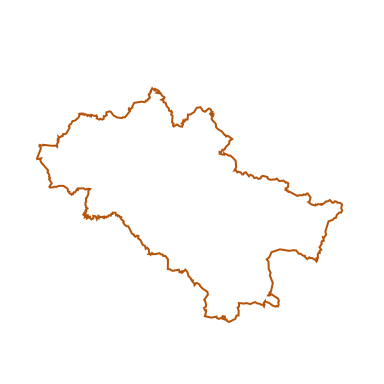 outline of Coalcomán de Vázquez Pallares, Michoacán, Mexico, rotated 135°
{"feature_id": "50627088B67136120570022", "entity_name": "Coalcomán de Vázquez Pallares", "entity_type": "district", "adm_level": 2, "iso_a3": "MEX", "parent_name": "Mexico", "parent_adm1": "Michoacán", "projection": "robinson", "projection_center": [-103.069, 18.673], "detail": "fine", "context": "isolated", "style": "outline", "palette": "amber", "viewbox_px": 384, "rotation_deg": 135, "n_neighbors": 0, "source": "geoboundaries", "source_scale": "gbopen_adm2", "svg_char_len": 6036}
<svg xmlns="http://www.w3.org/2000/svg" viewBox="0 0 384 384"><g transform="rotate(135 192 192)"><path d="M94.7,77.1L94.9,79.5L96.8,81.7L96.6,82.7L97.6,84.5L99.1,84.3L100.3,85.0L100.1,88.8L102.6,89.4L103.8,90.5L108.0,90.9L108.9,92.0L109.5,91.4L111.3,94.2L113.0,94.8L113.3,95.6L114.2,95.3L115.2,96.5L116.4,99.0L116.8,102.6L115.7,102.2L112.0,104.3L111.3,109.2L112.3,109.9L112.9,109.5L113.9,109.9L114.7,111.3L116.1,111.4L118.7,114.2L120.1,114.5L122.9,123.4L123.6,123.7L124.0,125.1L123.2,125.7L124.4,127.4L123.3,128.3L120.6,127.6L117.7,130.1L118.7,132.7L119.1,132.6L119.2,135.3L122.5,138.0L122.6,141.5L123.7,141.7L127.9,145.2L129.0,147.8L128.1,149.3L130.6,153.5L132.4,153.8L133.7,153.1L135.8,154.3L136.1,156.6L138.1,157.8L137.6,160.0L138.3,162.8L140.6,162.8L140.0,167.9L141.9,168.6L143.2,168.1L144.1,169.0L143.6,171.3L145.0,173.6L146.2,173.9L145.5,176.5L146.8,177.3L143.2,178.3L139.1,183.2L138.9,187.7L139.2,190.9L140.3,191.5L140.8,193.9L141.9,195.8L142.5,195.7L142.2,196.5L142.7,196.1L143.8,196.6L145.4,199.5L144.1,200.9L143.2,199.6L140.5,200.4L139.4,199.2L138.3,199.1L136.7,199.9L131.4,199.9L129.4,201.7L126.1,201.0L126.9,206.3L128.7,207.2L128.1,208.3L128.6,209.1L128.1,213.9L129.2,217.9L129.2,220.6L126.9,223.6L126.8,229.1L126.0,230.3L123.0,231.0L121.4,232.3L121.8,232.8L124.2,232.7L124.0,234.5L121.1,234.5L121.4,235.1L120.4,236.8L120.9,239.0L121.6,239.3L126.0,239.5L126.9,241.6L126.0,245.9L129.1,248.2L134.0,247.0L138.7,248.1L140.1,249.6L143.9,246.4L145.5,248.0L146.5,247.2L147.5,247.9L147.5,248.7L148.8,247.9L148.8,247.2L150.7,247.7L150.6,246.2L152.9,245.2L154.3,247.4L154.8,250.3L158.6,251.3L158.4,252.6L156.7,253.4L156.9,255.3L151.8,259.7L152.0,261.6L149.8,262.3L149.3,263.9L150.2,264.2L150.7,266.0L149.3,267.4L149.2,270.9L147.5,273.8L148.7,275.5L147.7,276.8L148.4,278.8L145.6,277.8L144.6,278.3L145.0,281.7L144.4,283.6L146.9,287.2L145.3,287.2L144.2,286.1L144.0,287.2L145.2,290.9L146.5,290.0L146.8,293.5L150.0,292.5L150.0,291.8L153.3,291.6L153.2,290.9L154.4,290.5L154.8,288.7L155.8,288.2L156.8,288.9L158.7,288.2L159.9,289.3L161.1,288.7L162.4,289.4L163.4,291.2L169.8,295.9L173.8,294.7L174.3,293.9L177.1,294.1L177.4,296.6L177.6,295.4L178.5,294.7L177.8,293.8L178.5,293.1L186.4,292.2L188.1,293.7L189.2,293.8L192.3,297.7L193.3,301.5L192.7,306.5L193.1,307.2L196.1,308.8L197.4,307.9L197.9,306.6L200.0,307.1L200.7,308.0L202.9,306.1L204.4,306.8L205.0,308.6L206.4,308.8L207.3,311.5L206.0,312.2L205.4,313.7L206.9,314.3L208.5,317.5L209.8,316.9L209.6,318.2L210.5,318.1L210.9,319.7L212.1,319.8L211.8,320.9L212.5,322.5L213.5,322.5L214.2,323.7L213.5,324.3L214.6,325.6L215.5,325.5L215.7,326.6L216.6,327.0L217.9,325.4L220.2,324.9L224.2,325.2L226.4,326.6L229.4,325.7L231.0,326.1L232.7,325.5L232.4,324.9L233.4,323.9L239.5,322.3L240.8,322.6L242.2,324.1L244.0,323.0L244.8,323.9L246.0,323.8L247.2,324.6L247.3,325.6L248.6,323.8L249.5,324.4L250.8,323.2L250.3,322.6L250.7,322.0L253.3,321.5L255.4,319.4L255.7,321.3L258.2,323.5L263.8,330.5L264.1,330.1L266.1,331.8L266.3,333.7L266.6,332.6L267.5,332.3L267.3,331.2L268.1,329.6L277.7,325.4L278.2,324.7L274.9,322.5L276.7,321.9L277.7,319.6L278.5,308.9L280.3,308.0L280.5,305.7L281.4,304.2L282.2,304.0L282.6,302.1L284.0,302.2L285.0,297.4L289.1,296.6L289.3,295.6L286.4,293.1L285.6,293.1L284.3,291.5L281.7,290.4L278.6,287.3L277.6,282.4L279.2,280.2L278.6,278.8L279.4,278.4L279.0,275.2L277.8,275.5L277.4,274.6L275.8,275.4L274.7,274.4L272.0,275.2L271.3,274.1L270.3,275.3L266.0,271.2L265.7,269.2L263.0,267.7L261.9,266.2L264.7,266.0L266.4,264.0L270.4,262.4L271.4,262.6L273.8,259.9L274.8,259.9L276.8,257.9L277.1,256.5L278.0,255.9L277.5,254.4L280.1,254.3L280.2,253.3L281.5,253.4L281.8,252.4L283.0,252.0L283.3,253.3L284.8,252.9L284.7,250.5L285.8,249.8L284.1,249.1L283.4,250.5L282.2,249.4L284.8,247.6L283.4,247.2L282.3,247.7L281.6,246.8L282.5,245.6L282.5,243.7L280.2,243.2L278.7,244.9L277.3,242.9L278.4,240.3L277.2,241.0L276.6,239.4L275.0,241.2L274.4,238.8L271.7,236.9L272.9,236.1L272.7,235.6L271.1,235.9L270.5,234.5L269.1,234.7L268.5,233.9L267.0,234.2L266.1,232.7L264.6,233.5L263.7,232.6L262.7,233.5L260.7,231.5L262.2,229.2L261.0,228.5L261.5,227.5L260.6,227.3L260.3,226.1L260.8,225.2L259.8,224.2L261.3,222.9L261.0,219.5L262.1,219.1L262.8,216.6L262.5,214.2L261.3,212.7L263.9,204.9L263.2,203.1L263.9,201.7L263.5,200.2L261.9,200.2L261.0,198.8L262.9,197.3L262.4,194.5L264.2,189.6L263.4,187.1L264.9,184.6L263.1,184.4L263.3,181.8L265.5,179.0L266.4,178.9L265.5,178.2L265.7,177.0L264.9,177.2L264.5,176.5L263.4,177.0L263.4,175.7L261.9,174.0L258.3,171.7L258.0,169.8L257.0,168.5L257.6,167.2L256.1,165.6L256.6,161.4L263.6,154.6L262.3,153.0L261.5,150.0L256.2,146.3L257.5,144.2L256.0,143.5L256.9,143.2L256.1,141.9L251.6,141.8L252.0,138.3L253.9,135.1L253.9,132.0L254.6,130.6L253.9,128.9L255.0,128.7L255.1,125.9L256.1,124.4L253.3,124.6L252.6,123.5L252.1,121.2L252.7,119.9L252.8,116.2L251.7,110.5L253.3,108.2L259.6,107.1L259.4,106.5L261.7,102.3L263.2,101.1L265.6,101.5L266.5,99.1L265.7,98.6L266.7,97.3L270.7,95.1L267.1,89.4L262.8,86.5L263.4,85.4L262.9,83.4L259.9,82.2L258.0,82.5L256.8,80.8L257.4,79.7L259.8,80.4L258.5,77.6L257.8,77.3L258.3,76.5L257.9,74.0L251.2,71.7L247.8,73.1L246.4,71.8L242.8,75.2L241.5,78.0L239.7,77.7L237.4,80.3L234.1,76.3L232.1,75.0L230.0,71.5L225.2,69.6L224.8,67.3L223.1,65.0L222.8,63.3L221.4,62.2L222.0,60.2L220.3,61.1L219.6,62.8L217.3,63.2L217.7,62.5L215.9,59.1L215.3,54.7L213.9,51.7L212.9,51.6L212.0,50.3L210.5,51.0L208.8,53.2L207.7,53.4L206.5,55.5L208.1,63.4L210.5,64.0L211.3,65.0L208.2,65.4L208.0,66.1L206.7,65.7L199.2,70.5L195.9,78.0L193.4,79.4L192.4,83.1L187.2,88.6L186.7,91.6L183.5,91.2L178.3,93.2L170.3,89.2L165.1,81.9L161.1,78.8L159.7,76.9L160.1,72.7L158.9,71.4L158.4,68.2L157.3,67.0L158.0,66.3L158.0,63.1L155.3,62.9L155.1,61.5L153.9,60.6L152.8,56.7L153.1,54.8L151.2,55.4L150.7,57.1L149.4,56.4L147.5,58.8L145.4,59.5L144.8,58.6L143.4,60.1L141.5,59.7L140.9,62.8L136.8,63.6L136.3,64.8L134.8,65.4L133.3,64.4L131.4,67.4L130.8,66.4L127.4,67.0L125.6,69.8L116.2,74.7L112.1,72.8L109.5,72.9L108.4,72.0L105.8,73.4L102.4,73.3L101.0,72.0L98.6,72.9L98.0,75.0L94.7,77.1Z" fill="none" stroke="#b45309" stroke-width="2"/></g></svg>